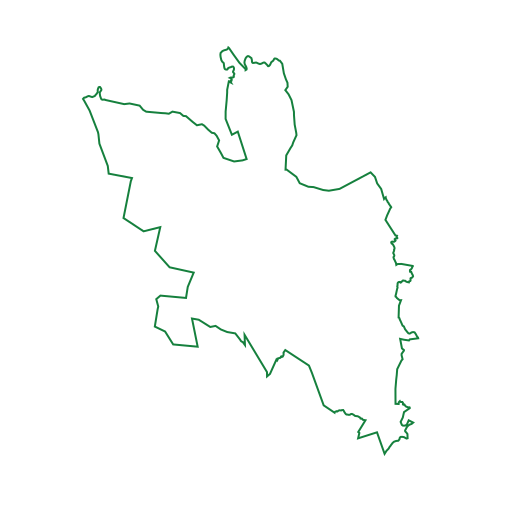 outline of Tecoanapa, Guerrero, Mexico, rotated 354°
{"feature_id": "50627088B15392276223600", "entity_name": "Tecoanapa", "entity_type": "district", "adm_level": 2, "iso_a3": "MEX", "parent_name": "Mexico", "parent_adm1": "Guerrero", "projection": "natural_earth1", "projection_center": [-99.252, 16.971], "detail": "fine", "context": "isolated", "style": "outline", "palette": "green", "viewbox_px": 512, "rotation_deg": 354, "n_neighbors": 0, "source": "geoboundaries", "source_scale": "gbopen_adm2", "svg_char_len": 6007}
<svg xmlns="http://www.w3.org/2000/svg" viewBox="0 0 512 512"><g transform="rotate(354 256 256)"><path d="M118.0,150.9L118.1,158.7L140.8,165.5L139.3,168.6L128.2,204.4L146.8,219.7L163.8,217.3L156.0,240.3L168.9,258.2L192.3,266.0L184.9,279.6L182.0,290.4L156.8,285.4L152.3,288.5L153.5,296.0L152.6,298.7L148.0,315.6L157.7,321.6L164.4,335.3L188.5,340.1L185.8,311.5L192.4,313.4L203.1,321.8L208.5,321.3L213.4,325.4L219.4,328.6L227.3,330.8L231.4,337.4L232.1,338.9L232.9,339.7L233.8,340.1L235.7,343.4L236.4,333.2L254.8,372.6L254.4,376.9L257.6,374.7L265.5,361.1L266.1,362.1L266.8,361.1L267.2,360.1L269.5,359.8L270.0,359.2L270.2,358.8L270.7,358.4L271.4,358.6L271.5,359.0L272.1,358.8L273.1,357.2L273.3,354.9L275.3,352.6L297.2,370.5L299.4,378.1L307.7,411.6L317.7,420.0L317.8,419.6L318.4,419.2L319.9,418.8L320.3,419.2L321.0,419.0L321.7,418.5L322.7,418.2L324.8,418.5L325.4,418.2L326.6,418.3L327.1,419.2L327.8,420.9L328.8,422.6L329.4,423.1L330.6,423.3L331.3,423.6L332.7,423.7L333.9,423.1L334.9,423.1L336.5,424.1L337.5,425.2L338.5,425.6L340.4,426.0L342.4,427.4L342.9,428.1L342.9,428.5L343.2,428.7L343.5,428.8L344.2,428.7L344.5,428.9L345.1,430.0L345.6,430.2L347.7,430.8L339.3,441.7L340.3,442.8L338.5,448.0L357.9,444.0L363.2,466.2L365.4,463.4L367.8,461.4L369.0,459.7L369.7,459.1L370.6,458.0L371.4,457.2L372.3,456.2L373.9,455.1L376.0,454.6L378.2,454.6L379.5,453.3L379.9,452.0L380.5,451.3L381.2,451.0L382.9,451.2L384.4,451.7L386.0,452.9L386.7,453.3L387.7,453.1L388.0,448.9L387.1,447.3L386.1,446.1L386.0,445.4L386.2,444.8L386.8,444.0L388.1,442.0L389.5,440.7L390.7,440.0L391.3,439.7L392.0,439.6L393.3,439.2L394.9,438.1L390.7,435.4L388.5,439.3L386.9,440.2L385.4,440.2L384.3,440.0L383.4,439.2L382.5,436.1L385.1,432.0L386.9,426.7L393.0,423.4L393.0,422.7L392.7,422.5L391.9,422.6L389.6,421.5L388.7,420.5L388.1,419.2L387.4,419.4L386.8,419.2L386.6,418.9L386.8,417.5L386.3,416.5L384.7,416.3L384.1,415.9L383.9,415.4L382.7,416.4L382.4,418.1L379.3,417.6L380.8,402.7L382.6,393.2L383.5,389.2L384.6,383.3L389.7,375.2L391.0,374.0L390.4,369.8L390.6,368.5L393.2,365.6L393.3,365.0L391.5,363.2L390.7,353.5L394.3,354.7L399.3,356.0L400.2,355.0L408.7,354.8L408.6,354.1L407.7,352.8L406.8,350.5L405.8,348.6L405.0,348.2L404.0,348.1L402.6,348.3L401.2,349.1L400.6,349.2L399.5,348.8L398.5,347.4L396.6,344.4L395.7,341.5L394.5,340.6L393.0,335.9L392.4,334.3L392.1,332.8L391.7,332.1L391.4,332.0L393.0,320.3L395.6,315.1L394.3,315.0L394.0,314.8L391.8,312.6L391.0,311.2L390.6,311.0L390.5,310.4L391.3,308.4L392.9,303.5L393.3,302.7L393.5,301.9L393.4,301.7L393.3,300.8L393.6,300.4L394.0,297.9L394.4,297.3L395.3,296.8L396.4,296.8L396.7,296.9L396.7,297.4L396.9,297.6L397.1,297.6L397.7,297.3L399.3,295.8L400.2,295.8L400.6,296.1L401.7,296.2L402.7,297.2L403.7,297.7L405.3,298.2L405.6,297.3L406.8,297.0L407.0,296.8L407.2,296.2L407.3,294.4L407.7,294.1L408.6,294.0L409.9,292.9L410.1,292.5L409.9,291.4L409.2,289.8L408.7,288.0L407.6,287.8L407.5,287.0L407.6,286.6L407.7,286.0L408.7,285.5L409.6,284.6L410.0,283.9L410.4,282.7L411.6,282.5L399.8,279.1L395.9,278.8L394.6,279.5L394.5,277.7L393.2,273.9L392.9,273.5L392.6,271.8L392.6,271.5L393.3,270.8L393.6,270.0L393.6,269.6L393.2,268.4L392.8,267.5L392.8,267.3L393.9,265.1L394.0,264.0L394.5,263.3L394.6,262.4L394.5,261.7L393.9,260.0L393.0,258.2L392.4,258.0L392.2,257.8L392.1,257.6L391.9,256.6L392.2,256.1L393.0,255.9L394.7,256.3L395.9,255.7L396.2,255.5L396.4,255.1L395.7,254.2L395.7,253.7L396.6,253.1L398.2,253.2L398.4,253.1L398.4,252.7L397.9,250.9L397.9,250.6L398.0,250.5L396.8,250.1L388.5,233.6L390.7,229.2L392.8,225.7L394.4,222.9L395.6,221.6L395.3,220.9L394.6,219.9L393.9,218.4L393.6,218.1L393.4,217.2L392.6,216.1L392.3,214.9L391.8,214.2L391.4,212.9L391.0,212.1L391.1,211.6L391.1,211.2L390.0,211.8L389.3,212.6L387.5,202.4L384.1,196.5L382.6,189.8L378.7,184.8L346.1,198.0L335.3,198.7L329.7,197.4L320.5,193.5L315.3,192.6L307.1,188.2L304.4,181.5L295.5,173.3L294.4,173.2L296.6,159.1L301.7,152.1L303.6,149.8L304.9,146.9L308.9,140.1L308.9,137.8L308.2,129.4L308.5,119.9L308.8,116.6L307.6,104.7L305.3,98.6L302.5,94.1L305.2,91.0L305.4,87.0L304.2,83.3L302.8,77.2L302.2,67.6L300.2,64.3L299.6,64.2L299.2,64.0L297.5,62.3L296.8,61.9L295.4,61.5L294.9,61.7L294.6,62.0L293.6,63.5L291.4,64.9L290.0,67.3L288.9,68.3L288.4,68.5L287.9,68.5L287.6,68.2L287.3,67.5L285.9,65.7L284.8,64.5L283.9,64.4L282.7,64.7L281.8,65.2L280.0,65.5L278.6,64.9L276.6,63.7L276.2,63.6L274.1,63.7L273.1,63.7L272.6,63.3L272.3,62.5L272.4,60.7L272.1,58.7L270.0,56.8L269.2,56.4L268.5,56.4L267.5,57.0L266.3,58.3L265.1,60.8L264.7,62.5L264.9,64.3L265.6,65.8L266.1,67.2L266.3,68.7L266.2,69.2L266.0,69.6L265.1,70.0L265.2,69.1L259.7,62.1L254.7,53.4L250.9,46.4L250.3,45.8L250.0,46.5L249.0,47.4L248.3,47.7L245.8,48.1L244.0,48.7L242.0,50.4L241.6,52.2L241.6,54.4L242.0,57.5L242.7,59.2L243.7,60.3L244.1,60.9L244.1,62.1L244.1,63.8L244.2,65.4L244.4,66.4L244.7,66.9L245.3,67.3L246.6,67.6L247.2,67.3L247.9,66.3L248.2,66.1L249.7,65.7L251.0,65.5L251.4,65.2L252.2,65.1L253.1,65.3L253.5,66.0L253.7,66.7L253.7,67.5L253.6,68.0L253.1,69.2L252.5,70.0L252.4,70.7L253.5,72.4L253.5,72.7L252.6,74.4L252.7,75.5L251.8,76.0L249.2,75.9L248.7,76.1L249.4,76.5L250.3,77.8L250.0,79.1L249.6,79.5L249.3,79.5L248.3,78.6L249.3,81.0L247.2,79.6L244.7,87.7L244.4,90.5L243.1,98.1L240.9,109.1L240.1,116.5L244.7,132.9L250.9,130.4L256.8,158.6L252.6,159.5L244.1,159.7L233.9,155.0L231.9,150.0L228.8,143.0L231.4,137.2L229.4,132.3L227.5,129.6L224.9,128.8L221.6,125.3L218.1,120.9L216.0,119.3L210.9,119.8L206.9,115.9L201.0,109.6L198.4,109.1L195.4,105.9L188.0,103.7L184.2,105.4L180.9,104.6L177.2,104.0L161.9,101.0L159.0,98.8L156.0,94.3L146.2,91.1L140.8,91.2L122.3,85.0L121.9,84.6L119.5,84.5L118.7,84.0L118.3,83.0L117.7,80.6L117.6,78.3L117.7,77.0L119.4,75.0L119.6,74.6L119.6,74.0L119.4,73.2L118.6,71.7L117.8,71.5L117.1,71.8L116.3,73.3L115.9,74.4L115.8,76.0L115.7,76.5L114.4,78.1L113.3,79.0L112.9,79.6L112.2,80.1L109.8,80.8L108.9,80.5L106.8,79.5L106.3,79.4L105.0,79.7L103.3,80.4L101.6,80.6L101.0,81.1L100.4,81.7L101.3,83.5L105.7,93.9L111.8,116.4L112.0,118.5L112.0,127.9L118.0,150.9Z" fill="none" stroke="#15803d" stroke-width="2"/></g></svg>